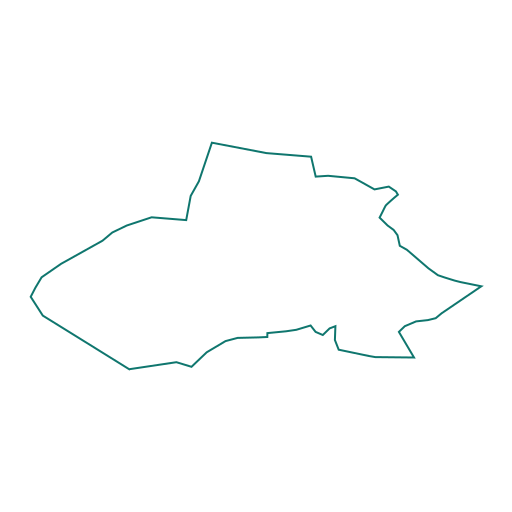 Binji, Sokoto, Nigeria
{"feature_id": "59680162B68799842423101", "entity_name": "Binji", "entity_type": "district", "adm_level": 2, "iso_a3": "NGA", "parent_name": "Nigeria", "parent_adm1": "Sokoto", "projection": "mercator", "projection_center": [4.841, 13.211], "detail": "fine", "context": "isolated", "style": "outline", "palette": "teal", "viewbox_px": 512, "rotation_deg": 0, "n_neighbors": 0, "source": "geoboundaries", "source_scale": "gbopen_adm2", "svg_char_len": 973}
<svg xmlns="http://www.w3.org/2000/svg" viewBox="0 0 512 512"><path d="M191.5,366.8L206.7,352.3L225.5,341.1L237.6,337.9L258.4,337.4L267.3,337.0L267.4,333.1L286.0,331.3L296.3,329.8L310.6,325.5L315.6,331.9L322.8,335.0L329.6,328.4L335.4,326.2L334.9,340.0L338.7,349.7L368.9,356.0L375.3,357.1L414.0,357.5L398.9,331.9L404.8,326.2L416.1,321.4L427.9,320.1L435.7,318.2L441.6,313.3L481.3,286.3L460.6,282.1L454.7,280.6L444.7,277.5L437.9,275.2L428.4,268.3L406.9,249.8L399.8,245.8L397.5,235.2L393.7,230.0L387.6,225.5L379.6,217.6L382.5,211.9L384.3,208.2L385.5,205.9L386.2,205.0L387.9,203.4L391.0,200.6L394.3,197.7L397.9,194.7L395.9,191.4L388.8,186.6L374.5,189.4L354.6,178.3L328.1,175.8L315.7,176.6L311.1,156.7L266.4,153.1L211.9,142.7L198.9,181.3L190.7,195.9L186.2,220.1L151.6,217.3L126.8,225.5L112.3,232.5L102.5,240.7L61.1,263.8L41.6,277.3L35.4,287.7L30.7,296.8L42.8,315.6L75.7,336.0L129.3,369.3L129.4,369.2L176.4,362.2L191.5,366.8Z" fill="none" stroke="#0f766e" stroke-width="2"/></svg>